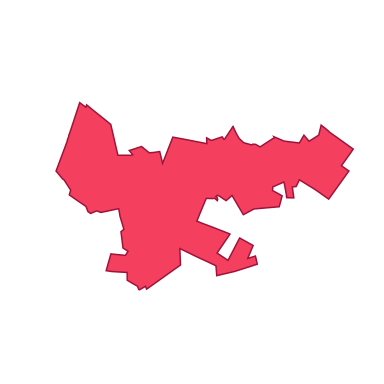 Tubutama, Sonora, Mexico, rotated 112°
{"feature_id": "50627088B99334846308648", "entity_name": "Tubutama", "entity_type": "district", "adm_level": 2, "iso_a3": "MEX", "parent_name": "Mexico", "parent_adm1": "Sonora", "projection": "albers", "projection_center": [-111.464, 30.932], "detail": "fine", "context": "isolated", "style": "filled", "palette": "rose", "viewbox_px": 384, "rotation_deg": 112, "n_neighbors": 0, "source": "geoboundaries", "source_scale": "gbopen_adm2", "svg_char_len": 3549}
<svg xmlns="http://www.w3.org/2000/svg" viewBox="0 0 384 384"><g transform="rotate(112 192 192)"><path d="M151.2,329.6L176.7,327.9L183.0,327.5L183.6,327.5L184.2,327.5L184.3,327.5L184.5,327.5L185.0,327.5L187.3,327.1L190.1,327.1L191.1,326.8L196.5,326.6L223.5,325.9L227.0,319.4L228.6,316.3L228.6,315.3L235.7,305.2L240.6,304.7L240.8,304.3L240.8,304.1L243.1,294.1L245.1,284.9L249.1,281.2L249.9,278.0L246.9,275.0L246.8,274.9L245.2,273.3L245.1,268.8L234.9,253.7L241.7,249.5L251.7,241.5L252.0,241.3L252.1,241.2L255.4,243.0L269.8,235.0L270.9,229.1L275.7,230.0L279.8,244.0L297.1,242.1L295.8,236.6L290.9,222.0L298.1,219.0L299.2,211.8L299.7,207.4L302.4,204.7L302.3,204.0L301.7,203.5L296.9,199.8L299.1,197.7L270.1,179.2L264.0,175.3L249.0,182.1L249.3,177.4L250.3,163.2L250.6,157.2L250.6,156.6L251.4,142.2L255.7,140.0L260.3,137.7L249.6,122.6L234.5,104.4L227.6,109.2L232.7,115.4L218.7,115.3L216.8,130.6L241.9,133.0L239.2,145.9L216.8,141.0L216.7,141.6L216.9,157.5L217.2,171.9L217.2,176.6L209.1,176.6L192.6,176.4L190.4,170.5L189.4,168.5L190.5,165.3L189.2,165.4L187.5,166.8L187.3,168.2L185.5,167.2L185.5,165.6L186.1,162.2L186.4,161.4L187.2,157.1L180.2,153.6L192.8,137.2L193.8,135.9L192.5,134.8L184.5,128.2L173.0,105.6L161.8,107.0L160.4,117.9L157.0,119.0L148.5,110.7L148.9,110.4L149.1,109.9L160.7,102.5L160.8,102.7L161.8,102.0L159.3,95.4L150.2,100.6L150.0,100.8L149.8,100.9L147.9,97.5L140.5,97.0L143.5,79.2L143.6,78.8L144.3,75.7L147.4,62.6L124.4,57.0L113.7,54.4L113.1,57.3L111.7,63.3L96.0,59.5L91.8,58.6L87.0,78.5L86.9,79.0L86.6,80.1L86.5,80.7L86.1,82.5L85.9,83.2L85.8,83.7L85.6,84.5L85.4,85.2L85.2,85.9L85.1,86.4L84.9,87.4L84.4,88.0L84.2,88.8L82.4,94.4L82.5,94.5L81.6,97.3L91.7,95.8L94.2,97.5L101.1,102.5L97.4,109.5L106.3,110.8L109.0,120.7L110.3,125.9L110.1,136.8L110.8,135.9L112.7,137.4L124.7,145.8L124.0,150.9L124.9,153.6L126.0,154.2L126.5,159.0L126.9,162.0L126.7,163.2L124.6,168.5L122.3,171.4L121.8,172.0L121.7,172.1L121.6,172.3L121.4,172.5L121.1,172.9L120.9,173.1L120.7,173.3L120.4,173.7L120.2,173.8L120.1,174.0L119.9,174.2L119.8,174.3L119.4,174.7L119.0,175.2L118.6,175.6L118.2,176.1L117.9,176.3L117.6,176.7L117.3,176.9L117.1,177.2L116.9,177.4L116.5,177.7L116.3,177.9L116.1,178.2L115.9,178.4L115.8,178.5L116.0,178.6L116.4,178.7L116.7,178.7L116.9,178.8L117.2,178.8L117.8,179.0L118.2,179.0L118.7,179.1L119.0,179.2L119.6,179.3L120.3,179.4L121.0,179.6L121.3,179.6L121.5,179.7L121.8,179.8L122.1,179.8L122.9,180.0L123.7,180.1L124.5,180.3L125.9,180.6L127.8,181.0L129.3,181.3L129.7,181.4L130.0,181.4L130.4,181.5L131.2,182.1L129.6,184.7L137.0,193.4L136.3,198.7L141.6,196.4L146.0,219.0L146.1,219.7L146.4,220.9L148.3,230.3L159.9,230.2L176.4,230.0L166.6,237.1L169.5,242.0L170.2,243.4L170.3,243.7L170.6,244.2L170.9,244.8L171.5,245.9L171.7,246.4L171.5,246.9L171.3,247.5L171.1,248.1L171.0,248.6L170.9,248.9L170.7,249.6L170.4,250.3L170.3,250.8L170.1,251.4L169.8,252.5L169.3,253.8L169.0,255.0L168.7,255.8L169.1,256.3L169.4,256.6L169.8,257.1L170.2,257.6L170.7,258.1L171.2,258.8L172.0,259.7L172.7,260.5L173.7,261.7L174.2,262.3L174.9,263.2L175.7,264.1L176.2,264.7L176.7,265.2L177.0,265.7L177.6,264.7L178.0,263.9L178.7,262.7L179.4,261.5L179.7,260.9L180.1,261.4L180.4,261.8L180.7,262.2L181.0,262.8L181.1,263.0L181.6,264.2L181.7,264.7L181.9,265.2L182.1,265.6L182.3,266.1L182.5,266.5L182.7,267.0L182.8,267.3L182.9,267.7L183.3,268.6L183.6,269.3L183.9,270.0L184.1,270.5L184.3,271.0L184.6,271.9L184.9,272.6L185.2,273.2L185.4,273.9L185.6,274.3L185.7,274.5L159.8,292.6L157.9,298.6L153.2,314.3L150.7,322.3L153.2,322.2L151.2,329.6Z" fill="#f43f5e" stroke="#9f1239" stroke-width="1.5"/></g></svg>